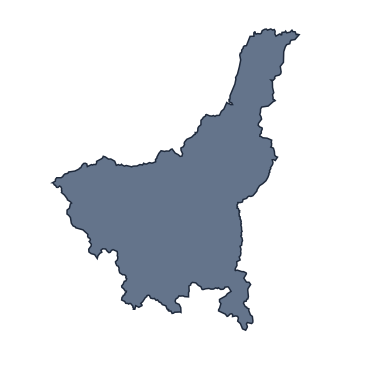 the district of Caylloma, Arequipa, Peru, rotated 169°
{"feature_id": "86281439B30825453994343", "entity_name": "Caylloma", "entity_type": "district", "adm_level": 2, "iso_a3": "PER", "parent_name": "Peru", "parent_adm1": "Arequipa", "projection": "albers", "projection_center": [-71.786, -15.701], "detail": "fine", "context": "isolated", "style": "filled", "palette": "slate", "viewbox_px": 384, "rotation_deg": 169, "n_neighbors": 0, "source": "geoboundaries", "source_scale": "gbopen_adm2", "svg_char_len": 5991}
<svg xmlns="http://www.w3.org/2000/svg" viewBox="0 0 384 384"><g transform="rotate(169 192 192)"><path d="M327.2,227.7L326.6,227.5L325.7,225.1L324.8,224.6L324.0,222.4L322.6,222.1L320.9,223.1L319.9,222.3L319.3,220.5L319.8,218.6L319.5,217.7L320.3,216.4L317.8,213.4L315.8,209.2L315.8,208.1L313.3,205.7L312.3,204.1L313.7,203.4L315.4,199.5L318.1,198.1L318.9,194.2L317.5,192.7L316.2,190.1L316.4,184.4L315.2,181.4L313.1,179.9L312.9,179.0L306.3,175.7L302.3,170.3L302.9,168.4L302.5,166.9L301.4,166.4L300.8,164.7L301.4,163.6L302.4,163.1L300.8,160.0L301.3,158.3L304.3,155.6L304.6,152.8L302.7,150.7L299.5,149.1L297.7,144.8L296.5,147.3L294.1,149.4L292.0,150.1L292.5,152.2L290.5,153.3L287.6,152.5L286.4,149.9L285.1,148.3L283.7,148.5L282.3,150.0L280.5,150.5L276.8,147.9L276.9,145.5L277.6,143.6L277.2,142.7L277.5,141.1L278.3,139.5L280.4,138.2L280.5,136.9L279.9,134.2L278.6,133.2L278.1,131.3L278.6,129.4L278.4,126.5L275.9,124.0L274.4,123.8L273.7,123.3L272.8,121.8L273.4,120.4L272.6,119.2L274.0,117.3L275.5,117.3L277.2,114.6L279.0,113.2L279.0,111.7L277.6,110.2L276.5,107.6L275.3,107.1L275.8,106.1L277.1,105.4L277.7,103.9L279.3,103.6L279.8,102.5L280.8,102.0L281.7,99.4L278.9,97.4L278.3,95.4L276.0,94.7L275.6,94.1L274.2,94.5L273.5,94.2L271.8,91.2L272.0,89.9L271.5,89.1L271.9,88.1L270.5,87.8L268.9,91.1L266.2,89.0L262.8,90.0L262.6,90.5L263.6,92.4L261.4,93.7L257.9,97.3L256.4,97.9L255.9,98.9L254.5,99.0L253.5,98.5L252.9,95.8L250.7,94.7L249.2,94.7L248.0,92.5L246.4,92.7L245.2,90.2L243.8,89.5L242.6,87.1L239.4,85.3L238.8,81.8L237.4,81.1L238.0,80.2L237.3,79.5L235.4,79.1L234.7,76.6L233.2,76.6L232.0,77.3L226.6,76.5L225.8,75.9L225.1,80.6L226.1,84.2L229.0,86.1L229.4,88.0L228.8,89.3L227.8,90.4L226.4,90.7L224.5,92.6L223.7,92.1L220.5,91.7L219.2,90.7L215.4,89.7L214.6,93.9L213.7,95.2L213.0,100.3L211.0,101.0L210.7,102.1L208.9,103.2L205.6,102.1L203.6,99.1L201.4,97.4L200.7,94.5L199.8,94.1L197.1,94.4L193.7,94.1L192.1,93.1L189.4,92.6L187.0,93.4L185.4,92.4L184.5,93.0L182.4,90.9L180.0,90.6L178.4,91.4L177.9,92.3L174.9,92.1L174.3,91.5L172.6,87.0L176.7,85.4L178.7,83.5L185.5,81.3L185.9,79.0L184.9,77.0L187.1,72.7L188.3,71.5L188.6,70.2L182.6,65.8L181.3,63.2L180.6,63.2L177.7,65.0L176.2,64.9L175.5,63.6L176.0,62.0L172.6,62.0L171.0,61.2L170.5,59.5L171.8,56.5L169.6,53.6L168.5,48.0L165.7,46.1L163.6,48.6L163.3,49.5L163.8,52.0L162.6,53.3L158.6,51.5L157.3,52.3L156.8,53.8L156.5,58.4L158.1,60.2L158.9,64.8L158.4,66.5L160.0,67.4L160.3,68.5L161.6,69.4L162.7,73.0L161.5,74.7L159.7,74.4L158.8,76.2L157.6,76.4L156.6,78.5L156.0,85.2L155.4,86.6L152.1,90.0L153.2,92.5L155.7,93.1L157.6,97.5L154.2,101.3L154.3,102.3L156.6,104.0L158.2,104.3L162.5,106.7L164.4,106.6L164.6,107.1L164.0,108.8L161.9,111.2L161.4,115.0L157.7,116.1L158.1,119.3L156.5,120.4L155.6,122.8L155.7,124.1L154.8,126.5L155.2,129.6L153.4,130.3L152.7,133.1L151.7,134.5L151.7,137.5L152.5,139.0L152.2,139.9L151.6,140.1L151.3,142.9L150.3,143.8L150.6,145.1L150.1,148.2L150.4,150.3L149.6,151.4L149.9,152.3L149.3,153.7L149.5,155.5L149.9,155.8L149.5,158.6L150.2,159.1L150.1,159.9L149.9,162.3L149.0,163.2L149.4,164.0L148.8,164.5L149.5,165.2L149.7,167.0L150.9,167.7L150.1,169.1L150.5,169.7L150.2,170.8L149.1,171.9L149.0,172.9L146.5,172.4L144.4,172.6L143.3,174.9L139.6,175.3L138.2,176.6L136.8,177.1L135.1,176.4L133.0,176.7L128.2,180.5L127.5,182.1L124.5,185.3L121.0,186.7L117.3,188.9L114.8,191.8L113.1,194.5L113.0,195.6L111.8,196.6L111.9,198.1L110.2,199.9L110.3,200.9L107.7,203.6L106.9,205.3L107.1,208.3L105.6,208.2L104.3,207.0L101.4,209.9L103.1,211.1L103.8,212.4L103.4,216.0L103.7,219.5L106.1,221.1L105.2,222.0L104.5,224.7L104.8,225.5L103.9,227.7L108.0,230.5L112.1,231.7L113.9,233.5L114.8,233.7L114.4,235.4L112.7,236.6L112.5,238.3L111.0,240.4L111.0,241.6L113.1,243.0L114.3,244.9L113.6,246.8L109.8,250.2L109.9,252.8L110.7,255.2L109.6,257.2L108.8,260.5L107.3,262.1L100.8,261.8L95.1,265.2L92.9,265.8L93.6,266.9L94.6,267.2L94.8,268.0L94.4,268.7L94.4,272.2L92.8,273.8L93.0,279.2L92.0,285.1L93.1,286.8L91.0,286.2L89.0,287.6L89.1,288.7L87.9,289.9L84.2,290.1L82.3,291.2L81.6,292.9L81.4,298.5L77.5,301.8L75.2,312.2L72.7,316.7L71.0,318.6L67.7,318.9L66.8,321.1L65.8,322.1L61.9,322.0L56.8,326.0L58.6,326.8L59.6,326.6L60.2,329.6L62.4,330.2L63.0,331.8L65.3,330.2L68.7,330.2L69.4,332.1L70.4,331.2L73.2,331.5L74.0,329.2L74.8,329.3L75.3,330.3L75.9,330.4L79.8,329.0L80.5,331.3L79.7,334.0L80.3,335.8L81.8,335.5L83.5,337.0L87.1,336.5L87.8,337.7L89.4,337.9L92.3,337.0L93.7,334.6L95.0,334.2L97.4,335.0L99.0,334.8L99.5,335.7L99.6,337.1L100.0,337.2L100.9,336.5L101.5,333.1L105.3,333.7L110.6,325.3L112.9,325.4L114.1,324.4L114.3,323.4L116.1,321.9L116.5,320.1L117.6,319.0L118.1,319.1L119.0,317.3L119.0,312.3L121.7,305.7L124.9,299.0L127.4,296.0L127.4,294.4L129.3,289.8L136.3,279.3L136.8,276.7L137.6,275.0L138.1,275.4L138.3,273.4L136.1,272.0L135.5,270.1L137.2,270.3L138.6,271.6L139.7,271.9L140.8,273.2L144.9,267.3L147.8,265.6L150.4,262.0L153.5,262.5L155.0,261.8L156.4,263.0L158.0,262.7L160.2,263.4L163.0,265.3L163.8,265.1L164.2,264.0L166.7,263.1L167.5,262.0L169.5,260.7L170.4,256.3L172.9,254.9L174.0,253.6L174.7,250.9L176.1,249.2L177.5,249.8L177.9,248.0L179.1,247.8L181.9,245.9L187.1,244.7L189.8,242.4L190.4,241.3L190.2,240.2L191.8,238.1L194.5,237.3L194.8,235.0L193.9,231.4L195.0,229.2L196.9,229.2L198.3,231.2L201.1,233.4L203.3,238.0L204.5,237.9L206.8,236.5L209.6,237.2L211.0,237.0L214.5,238.4L217.1,236.3L219.8,232.9L220.0,232.0L221.6,230.9L221.9,228.6L225.8,227.9L228.2,229.0L231.3,228.1L233.2,228.7L233.9,229.5L235.4,228.0L238.0,228.9L240.9,228.0L244.8,228.6L246.4,228.2L251.5,230.6L253.4,230.3L255.3,231.7L255.9,232.7L256.9,232.1L257.9,232.1L259.0,233.0L261.2,232.6L262.0,237.0L265.4,239.9L267.7,240.2L270.3,242.9L272.3,244.0L273.3,242.5L274.4,241.9L279.8,240.3L280.0,238.9L281.2,237.3L283.2,237.8L284.5,237.5L285.5,238.1L289.9,236.9L289.9,239.6L291.3,240.6L292.9,240.7L294.8,239.3L296.6,237.0L297.8,236.9L298.6,236.1L303.0,234.9L309.3,235.2L310.4,234.0L313.2,234.0L315.2,232.8L315.8,231.8L317.8,231.0L322.1,231.8L323.6,230.5L324.1,228.7L327.2,227.7Z" fill="#64748b" stroke="#1e293b" stroke-width="1.5"/></g></svg>